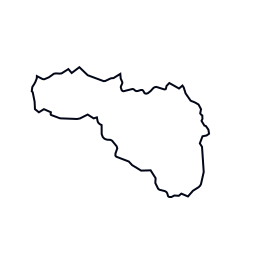 map outline of Granada (orthographic projection), rotated 242°
{"feature_id": "ESP-5821", "entity_name": "Granada", "entity_type": "Autonomous Community", "adm_level": 1, "iso_a3": "ESP", "parent_name": "Spain", "parent_adm1": "", "projection": "orthographic", "projection_center": [-3.141, 37.388], "detail": "fine", "context": "isolated", "style": "outline", "palette": "ink", "viewbox_px": 256, "rotation_deg": 242, "n_neighbors": 0, "source": "natural_earth", "source_scale": "10m", "svg_char_len": 1735}
<svg xmlns="http://www.w3.org/2000/svg" viewBox="0 0 256 256"><g transform="rotate(242 128 128)"><path d="M139.9,196.0L137.5,196.2L131.5,195.1L122.8,196.1L121.6,197.0L120.4,198.1L118.7,199.4L115.6,201.3L110.3,201.3L107.0,198.6L105.3,198.9L104.2,199.5L101.1,198.0L99.8,196.3L97.2,196.4L94.3,196.6L93.1,197.7L88.8,198.2L84.9,196.9L84.5,193.9L85.7,189.9L80.7,184.2L76.6,184.5L53.6,174.2L44.2,166.1L43.2,164.6L42.6,162.6L42.1,155.9L39.4,148.8L45.0,144.3L44.3,141.0L46.6,137.3L46.7,134.0L47.6,132.3L48.3,131.6L49.0,131.4L52.1,132.0L53.6,131.8L55.0,130.9L58.7,126.8L60.2,126.1L66.6,126.3L70.7,128.8L80.0,128.1L84.2,119.6L93.3,114.2L98.0,113.0L108.1,104.2L109.5,103.9L111.4,105.0L115.1,109.0L117.2,109.4L124.2,108.0L125.7,107.0L127.6,103.9L129.5,102.2L131.9,101.5L135.0,101.9L143.0,106.1L144.7,104.9L146.3,104.3L148.0,104.3L152.0,105.5L152.6,102.2L158.8,98.7L159.0,90.0L159.9,87.2L168.4,72.6L175.6,66.2L176.3,66.1L176.7,66.3L178.1,67.3L184.1,62.6L183.7,56.7L188.3,54.7L195.1,57.9L203.8,60.5L204.7,60.6L205.7,60.3L208.6,62.4L209.3,63.0L210.5,65.3L212.2,67.9L214.7,70.8L216.6,71.9L211.4,75.5L210.7,76.3L210.3,77.3L209.9,82.0L210.7,88.0L210.1,89.9L208.1,93.2L207.4,95.0L208.0,103.0L203.0,104.1L204.5,113.6L193.5,117.2L180.8,128.5L180.2,130.0L179.9,136.0L179.7,136.8L179.0,138.3L178.9,139.0L179.4,146.6L175.1,144.8L171.2,144.5L170.1,143.9L168.0,141.2L167.2,140.7L164.6,140.2L163.6,140.4L162.9,140.9L162.5,141.5L160.4,150.1L159.7,151.1L157.7,151.9L156.8,152.5L156.1,153.9L155.5,157.2L154.8,158.5L153.9,158.9L150.9,159.0L149.8,160.1L149.4,161.8L150.0,165.3L151.4,169.2L151.5,170.6L151.0,172.3L145.0,178.2L144.6,179.5L145.3,180.3L146.3,181.1L147.1,181.9L148.3,185.6L138.9,191.6L139.9,196.0Z" fill="none" stroke="#020617" stroke-width="2"/></g></svg>